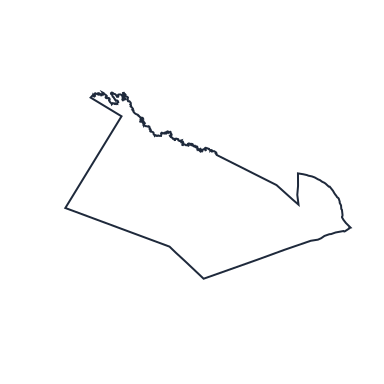 Central Kwara'ae, Malaita, Solomon Islands (Equal Earth projection), rotated 134°
{"feature_id": "97153195B68911878451033", "entity_name": "Central Kwara'ae", "entity_type": "district", "adm_level": 2, "iso_a3": "SLB", "parent_name": "Solomon Islands", "parent_adm1": "Malaita", "projection": "equal_earth", "projection_center": [160.74, -8.813], "detail": "fine", "context": "isolated", "style": "outline", "palette": "slate", "viewbox_px": 384, "rotation_deg": 134, "n_neighbors": 0, "source": "geoboundaries", "source_scale": "gbopen_adm2", "svg_char_len": 6050}
<svg xmlns="http://www.w3.org/2000/svg" viewBox="0 0 384 384"><g transform="rotate(134 192 192)"><path d="M109.1,53.6L108.8,53.9L107.5,53.2L107.4,59.8L106.8,63.8L106.0,66.5L105.6,66.9L104.8,67.1L104.1,67.6L100.7,71.7L100.5,72.8L98.1,75.5L97.2,78.2L96.3,79.1L94.9,81.7L94.7,82.5L94.9,84.1L94.4,86.0L94.4,86.7L94.0,88.7L93.2,91.4L92.5,96.7L93.1,97.3L93.2,101.9L93.5,103.5L94.2,105.4L94.6,108.3L95.3,110.0L96.3,113.9L97.5,116.6L99.4,119.6L100.0,121.1L102.0,124.4L105.0,128.7L114.0,119.9L120.9,114.3L127.1,106.6L127.5,113.7L128.3,136.0L148.2,199.9L147.9,201.2L147.5,200.8L146.8,202.0L147.2,204.3L147.8,205.0L149.1,205.8L149.1,206.1L148.6,206.4L148.2,206.4L148.2,206.7L148.5,207.4L148.9,207.6L149.5,207.6L149.2,207.9L149.5,209.5L149.2,209.8L149.3,210.0L149.7,210.7L149.8,211.2L150.2,211.5L150.6,212.8L150.9,213.0L151.1,212.8L151.0,212.3L151.9,212.0L152.4,211.2L152.6,211.3L152.3,212.3L152.4,213.1L153.2,213.2L153.5,213.5L154.3,213.5L154.6,213.8L155.0,213.8L155.9,212.4L155.5,214.2L155.9,214.3L156.2,213.6L156.5,214.0L157.0,214.0L157.0,214.5L155.3,214.9L155.1,215.7L155.3,215.7L155.8,215.4L155.7,215.9L155.9,216.3L156.2,216.5L157.1,216.0L157.2,216.3L156.8,216.5L156.6,217.0L156.8,217.7L157.0,217.9L157.6,217.8L157.5,218.0L156.9,218.3L156.7,219.1L156.1,219.1L155.8,219.7L155.9,220.2L156.1,220.2L156.4,219.7L156.8,219.6L157.1,220.0L157.3,220.8L156.8,221.6L156.7,222.1L157.0,222.3L157.5,221.9L157.7,222.0L158.0,222.7L158.1,223.0L157.2,224.6L157.2,224.9L157.4,225.3L158.3,224.7L158.7,224.8L158.9,225.3L158.5,226.6L159.0,227.6L159.4,228.1L160.3,228.4L160.7,228.1L161.1,227.6L160.7,227.0L160.8,226.7L161.3,226.8L161.5,228.2L162.3,228.5L162.6,228.9L162.8,230.2L163.8,231.1L164.6,231.1L164.9,231.6L164.8,231.8L164.6,231.9L164.0,231.6L163.2,232.0L163.6,232.7L163.5,233.0L162.9,232.7L162.4,232.9L162.1,233.6L162.4,234.6L163.4,234.3L163.6,234.4L163.1,235.3L162.3,235.5L163.0,235.9L163.6,235.8L163.7,236.3L164.0,236.5L163.9,236.8L164.3,237.6L163.6,238.6L163.7,238.9L164.1,239.1L164.3,240.1L165.1,240.5L165.3,241.0L165.5,241.0L166.0,240.5L166.4,240.3L166.7,240.6L166.4,242.2L166.6,242.7L166.9,242.8L166.7,243.8L167.1,245.1L166.8,245.3L166.8,245.6L167.0,245.6L167.1,246.2L166.9,247.0L166.2,246.9L165.6,246.1L164.8,246.6L164.5,247.6L164.8,247.7L164.8,248.0L163.8,249.0L163.7,249.2L163.8,249.5L164.4,249.6L165.2,250.5L165.3,250.7L165.2,251.5L165.4,251.7L165.8,251.5L166.0,250.8L166.2,251.0L166.2,251.8L166.4,251.8L166.6,251.2L166.8,251.6L166.8,252.1L167.2,252.3L167.4,252.2L167.5,251.4L167.8,251.2L168.1,251.6L168.8,252.0L168.7,253.1L169.1,253.2L169.2,252.9L169.4,253.0L169.9,253.4L170.3,254.9L171.3,255.0L172.1,253.8L172.9,253.6L173.2,253.3L174.3,254.5L174.8,255.6L175.2,255.5L176.1,256.2L176.1,256.7L176.3,257.4L177.4,257.7L176.8,258.4L176.9,258.9L177.2,259.3L176.9,260.1L176.1,260.8L176.0,261.4L176.5,262.7L177.1,263.3L177.3,264.0L177.2,264.5L176.5,264.7L176.4,264.4L176.1,264.5L175.9,265.2L176.1,265.4L176.1,265.8L175.9,265.7L175.7,265.9L175.9,266.2L175.7,266.5L174.9,267.4L175.1,268.2L174.7,268.4L174.9,269.0L175.6,269.2L175.9,269.7L176.1,270.3L176.8,271.0L177.1,272.5L177.5,272.9L177.8,272.8L177.6,273.3L177.6,273.1L177.3,273.2L177.5,273.5L177.2,273.8L176.9,273.4L176.4,273.7L176.6,274.2L176.4,275.3L176.2,275.4L176.0,275.7L176.0,275.2L175.8,275.0L175.9,274.7L175.7,273.9L175.3,273.8L175.2,274.4L175.3,275.0L175.5,275.1L175.5,275.3L174.8,275.8L174.8,276.0L175.1,276.1L174.9,276.5L175.2,276.6L175.3,277.0L175.7,277.4L176.8,277.4L176.8,277.8L177.3,278.1L177.2,278.3L176.7,278.2L176.3,277.8L176.2,278.1L175.8,278.4L175.8,278.9L175.2,279.1L175.3,279.6L175.0,279.7L174.2,279.2L174.0,279.3L173.8,278.8L173.9,278.2L173.3,277.9L173.1,278.3L173.0,279.1L174.0,280.3L174.0,280.9L174.3,281.2L174.2,282.4L174.4,283.5L174.3,284.3L174.1,284.2L174.1,284.7L174.6,285.7L175.0,287.1L175.1,288.3L174.9,290.0L174.6,290.1L174.3,290.8L174.3,291.7L173.9,291.5L173.9,291.8L173.7,292.2L173.2,292.3L173.1,292.6L172.9,294.3L173.1,295.6L172.7,295.8L172.4,295.6L171.9,296.3L171.9,297.2L171.0,297.3L170.4,298.1L170.2,299.7L170.2,300.1L170.8,300.5L171.1,301.0L170.6,302.3L170.0,302.5L169.7,303.1L168.7,303.5L168.5,303.8L168.6,304.8L169.0,305.6L169.5,306.1L169.6,307.2L169.3,307.5L168.5,307.1L168.2,307.3L168.1,308.3L168.3,309.4L168.0,309.9L168.2,310.1L168.7,310.4L169.1,309.9L169.6,309.0L170.5,308.3L170.6,308.0L170.1,307.8L170.0,307.4L170.4,306.9L171.5,305.9L171.7,305.2L171.3,304.7L171.4,304.4L172.1,304.6L172.2,304.9L173.2,305.2L173.4,305.4L173.3,305.8L174.0,305.6L174.0,306.0L173.9,306.3L173.1,306.5L172.8,307.0L172.4,306.9L172.0,307.7L171.2,309.2L171.2,310.5L171.7,311.5L173.0,312.6L173.6,312.6L173.9,312.1L174.6,311.3L174.9,311.3L175.6,312.1L175.4,312.7L175.0,313.3L175.1,313.8L175.0,314.6L175.1,315.5L175.7,316.4L175.7,317.6L176.0,318.5L176.4,318.9L177.3,318.9L177.7,318.3L177.6,317.3L177.8,316.5L178.5,315.2L178.3,314.6L178.3,313.9L178.7,313.1L178.7,312.3L179.1,311.7L178.9,311.2L178.9,310.5L179.1,310.5L179.2,310.0L178.9,310.0L178.2,309.4L178.1,308.6L178.3,308.1L178.7,307.4L180.4,307.7L180.7,307.1L181.1,307.7L181.2,308.0L181.4,308.2L181.7,308.0L181.9,308.4L181.6,308.8L181.7,309.0L182.1,309.3L182.2,309.2L182.2,308.7L182.5,308.9L182.5,309.2L182.8,310.2L183.3,310.9L183.6,310.9L184.0,310.6L184.6,310.6L184.3,311.1L184.2,313.7L183.7,315.4L183.4,315.6L183.1,315.3L182.8,315.3L182.3,315.9L182.1,316.7L182.2,317.3L183.2,317.9L183.4,318.2L183.8,318.5L184.1,319.3L184.0,319.8L183.5,320.1L182.8,320.0L182.5,319.7L182.1,320.0L182.1,321.9L182.5,323.0L182.2,324.2L182.6,325.5L183.0,323.8L183.7,323.5L184.0,323.7L184.3,324.8L184.8,324.7L185.4,324.3L185.6,324.5L185.4,324.9L185.2,325.9L185.6,327.6L186.0,328.0L186.4,327.5L186.4,326.6L186.7,326.5L187.2,327.5L188.2,330.2L188.6,330.3L189.0,329.7L189.9,329.3L190.2,328.5L190.4,328.5L190.6,328.6L191.2,328.6L191.4,329.1L191.1,330.0L190.7,330.1L190.6,330.8L191.0,330.6L194.5,330.5L186.5,295.3L291.5,272.0L246.9,170.2L246.9,161.2L246.6,149.9L246.3,123.4L195.2,97.9L169.5,85.4L144.6,72.7L138.8,68.3L135.6,67.0L131.6,66.2L127.0,63.9L125.6,62.7L121.4,60.6L114.8,55.9L114.7,55.1L114.0,54.7L109.1,53.6Z" fill="none" stroke="#1e293b" stroke-width="2"/></g></svg>